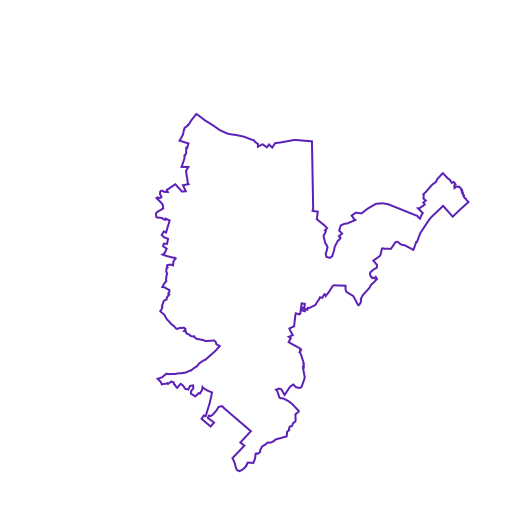 the district of Uriangato, Guanajuato, Mexico, rotated 218°
{"feature_id": "50627088B85486599986999", "entity_name": "Uriangato", "entity_type": "district", "adm_level": 2, "iso_a3": "MEX", "parent_name": "Mexico", "parent_adm1": "Guanajuato", "projection": "albers", "projection_center": [-101.168, 20.117], "detail": "fine", "context": "isolated", "style": "outline", "palette": "violet", "viewbox_px": 512, "rotation_deg": 218, "n_neighbors": 0, "source": "geoboundaries", "source_scale": "gbopen_adm2", "svg_char_len": 6134}
<svg xmlns="http://www.w3.org/2000/svg" viewBox="0 0 512 512"><g transform="rotate(218 256 256)"><path d="M390.5,331.1L390.5,322.9L389.9,317.5L390.4,317.4L390.4,315.1L391.2,313.2L390.1,310.3L388.3,306.8L387.2,299.8L378.5,303.1L376.8,298.8L377.6,298.4L374.3,294.0L373.9,291.6L374.3,291.5L374.3,291.2L372.4,288.8L369.5,280.4L364.1,284.5L363.5,279.9L354.5,271.4L353.4,271.1L357.1,266.8L351.2,263.8L354.0,261.2L363.7,262.9L367.0,253.1L364.9,252.1L367.9,250.0L369.8,249.8L371.0,248.8L371.0,247.5L369.8,245.7L366.8,244.3L367.3,242.6L369.8,241.4L370.1,240.4L361.9,239.4L360.1,238.1L358.4,236.3L360.9,230.0L361.1,228.4L360.8,227.6L358.6,225.4L357.8,225.4L353.3,228.2L352.5,228.2L351.9,227.9L350.0,228.5L349.5,228.9L350.1,229.9L345.9,230.8L341.3,219.1L343.8,218.6L343.2,214.5L340.0,214.1L335.9,215.4L333.6,210.7L336.2,209.0L335.3,206.5L330.9,206.8L329.8,202.0L330.6,199.6L326.1,201.1L320.6,203.5L318.8,204.7L317.8,204.7L317.8,201.0L315.6,197.5L318.2,196.6L320.3,194.1L319.8,192.9L318.6,192.5L318.7,190.6L317.2,188.6L314.9,187.2L314.6,185.7L312.0,181.5L311.2,181.0L311.4,178.0L310.7,173.9L309.0,174.9L303.2,175.8L302.3,174.5L301.9,172.2L300.7,172.4L300.5,170.8L300.8,169.9L300.6,168.2L299.7,166.7L300.6,164.9L300.9,163.5L299.2,158.4L298.3,158.1L297.5,155.6L297.7,154.4L297.4,153.5L291.5,153.2L290.7,152.6L287.2,151.2L284.2,150.9L280.8,150.2L277.9,150.3L273.9,149.6L272.9,150.4L271.7,152.5L270.9,153.0L268.6,155.2L266.6,155.0L266.5,152.5L264.8,153.5L264.0,152.6L263.0,152.2L260.1,153.0L258.4,152.7L256.3,153.7L255.4,154.2L255.3,154.6L253.7,154.1L251.8,154.1L246.4,157.0L243.1,158.1L237.1,163.6L234.8,163.5L233.0,162.1L229.9,162.5L229.5,162.8L229.1,162.7L229.6,155.9L232.1,142.8L232.7,142.2L234.0,138.7L234.7,135.9L234.6,132.9L235.9,129.4L236.8,125.6L237.2,125.5L239.3,121.4L240.2,120.3L242.5,117.8L245.5,115.2L246.6,113.7L252.8,108.6L253.3,108.6L254.2,108.1L255.2,103.1L255.7,101.9L257.9,98.7L253.4,98.1L251.2,96.8L250.1,98.3L248.5,99.7L247.6,101.2L246.6,101.0L245.4,105.1L244.4,105.0L243.1,105.8L241.7,104.5L240.6,104.6L239.7,104.1L237.0,103.5L236.7,108.9L233.9,109.0L229.7,107.7L229.2,107.9L227.7,109.1L227.2,109.1L227.9,113.1L225.9,115.3L224.2,113.6L223.8,112.1L224.1,110.8L223.6,108.7L222.4,107.5L217.4,108.0L217.4,109.1L216.9,110.2L216.7,112.8L215.5,113.1L215.9,116.4L216.6,118.4L217.4,119.8L216.3,119.5L211.6,120.0L206.6,121.4L201.9,111.5L197.4,99.6L197.0,99.0L197.1,98.6L198.9,98.3L198.7,94.2L186.8,93.7L186.5,98.9L194.2,98.7L194.9,101.1L194.5,101.5L193.3,101.7L192.4,104.2L192.1,110.4L192.6,113.8L191.9,114.9L190.2,116.9L187.2,116.4L152.2,114.8L153.5,99.4L148.4,99.4L150.1,82.2L149.2,81.9L145.1,79.6L140.6,76.1L138.8,75.7L136.5,76.3L135.3,79.0L134.4,82.9L134.7,84.6L134.4,84.7L135.3,87.6L135.2,88.2L130.7,91.3L131.3,93.0L131.6,94.7L133.4,98.2L134.0,98.7L134.5,100.2L134.4,100.6L133.3,100.9L132.8,101.4L132.1,104.1L133.2,105.6L133.6,108.2L134.0,109.3L132.3,114.1L132.2,115.9L129.5,118.0L127.8,121.6L127.8,122.9L127.5,123.6L120.8,132.7L123.3,136.8L123.1,137.0L122.6,139.4L123.3,139.7L123.8,140.4L124.4,142.6L123.6,143.2L123.0,144.2L123.9,147.1L123.1,149.7L123.4,150.6L127.5,155.6L126.6,159.0L126.8,160.2L136.7,161.7L141.2,161.6L146.6,160.6L148.9,159.2L150.2,158.8L156.4,162.8L157.8,162.9L156.3,165.6L153.9,166.5L147.9,164.1L148.6,172.4L148.5,174.6L147.5,177.7L143.8,177.2L140.4,178.8L139.5,180.8L142.1,188.7L142.9,190.4L149.7,196.4L149.5,196.8L150.7,197.6L150.1,198.3L152.3,200.2L152.0,200.6L158.6,205.2L161.9,207.2L162.5,207.1L162.5,208.7L162.9,208.7L162.9,209.4L163.3,209.4L163.3,210.2L165.6,210.1L175.7,208.4L177.3,208.3L177.9,212.6L179.0,212.6L178.9,212.8L179.6,213.0L180.2,212.8L178.3,216.3L182.6,218.0L185.1,219.4L182.7,224.1L186.4,230.0L186.8,231.1L187.3,231.5L188.3,233.1L189.1,235.0L189.3,235.4L186.0,236.6L185.8,237.2L185.9,237.6L185.7,237.9L190.9,246.8L188.0,248.3L185.9,244.4L187.0,244.1L185.8,241.6L183.5,242.5L184.4,244.8L182.5,245.2L183.2,247.1L182.0,247.9L179.0,254.0L179.4,256.4L179.7,261.3L180.2,262.8L178.0,263.9L178.5,266.3L178.5,268.1L177.3,268.0L176.4,267.4L176.5,271.4L176.3,271.9L177.1,279.6L176.9,280.4L176.1,281.2L167.1,287.7L165.2,285.1L162.9,283.5L161.8,283.4L155.0,284.3L153.8,284.0L146.1,280.5L144.9,280.3L144.6,281.1L144.9,283.9L146.1,286.1L146.8,286.4L147.1,287.4L147.5,289.5L147.7,291.3L147.0,300.7L147.6,304.1L147.0,307.2L146.5,312.4L148.7,313.2L148.6,311.6L149.3,311.2L150.4,311.2L150.9,310.1L151.9,310.5L153.8,310.8L155.5,312.5L155.8,314.0L155.0,317.9L153.6,321.1L155.0,323.4L160.7,324.6L158.6,331.4L158.5,332.5L158.7,333.8L161.3,339.3L161.0,340.0L158.7,341.1L157.6,342.3L155.6,343.5L154.1,344.8L154.6,352.4L154.3,353.3L153.7,354.0L152.6,354.4L149.4,354.3L148.2,354.6L145.1,356.1L135.8,357.7L136.7,360.9L138.4,365.7L137.8,366.1L140.6,375.0L141.6,386.9L141.9,392.0L141.8,394.5L139.4,410.7L125.2,408.1L123.8,418.0L121.8,429.3L124.4,429.7L126.1,430.3L126.8,430.1L129.6,431.0L129.5,431.8L132.3,432.4L132.1,433.5L133.9,433.9L133.9,434.3L134.9,434.4L134.8,435.1L136.4,435.4L138.6,435.7L138.7,435.2L140.7,434.3L141.4,431.8L143.2,433.6L142.9,435.3L145.2,436.0L145.8,436.1L146.8,434.1L148.4,434.8L150.4,435.4L152.1,435.2L159.8,436.3L160.5,428.5L159.8,425.1L161.0,420.9L161.2,419.1L161.6,411.0L162.1,407.5L161.1,407.0L159.4,404.4L156.3,404.2L157.1,401.1L154.8,400.5L155.0,398.9L156.1,396.2L156.4,394.5L157.7,393.3L151.0,392.5L150.8,390.2L149.8,386.4L151.6,386.4L153.5,386.9L183.6,378.2L188.7,375.5L193.6,371.0L197.2,362.0L199.1,354.5L204.0,351.6L205.5,346.7L201.9,345.6L199.9,345.5L204.0,338.0L206.2,335.7L208.0,332.3L206.2,327.3L201.9,326.6L202.9,322.7L200.8,322.4L200.7,321.4L200.4,321.4L200.5,319.0L200.9,318.5L199.7,311.9L198.0,308.5L195.8,302.7L196.6,300.1L199.9,298.6L202.5,300.7L203.6,303.9L204.0,304.5L205.0,306.9L207.6,308.4L208.8,308.5L209.3,308.8L214.7,313.0L215.4,314.0L215.5,316.5L216.5,318.9L217.4,318.7L217.1,321.7L221.4,322.3L230.7,322.4L234.6,329.0L239.2,326.4L240.5,329.0L282.5,380.8L297.0,371.3L306.9,360.2L310.4,356.8L310.0,351.4L314.4,351.9L314.3,348.4L319.6,348.1L321.8,343.3L323.4,345.5L327.0,345.3L328.7,345.9L332.3,344.6L338.5,342.8L345.6,339.4L352.2,335.6L354.5,334.7L361.9,332.9L370.2,332.5L379.3,331.5L387.1,331.4L390.5,331.1Z" fill="none" stroke="#5b21b6" stroke-width="2"/></g></svg>